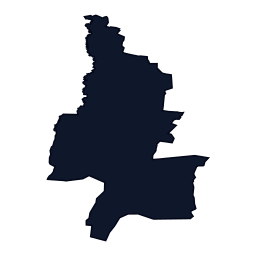 outline of Sesavas pag., Jelgava, Latvia
{"feature_id": "27541924B5814503616889", "entity_name": "Sesavas pag.", "entity_type": "district", "adm_level": 2, "iso_a3": "LVA", "parent_name": "Latvia", "parent_adm1": "Jelgava", "projection": "equal_earth", "projection_center": [23.783, 56.412], "detail": "fine", "context": "isolated", "style": "filled", "palette": "ink", "viewbox_px": 256, "rotation_deg": 0, "n_neighbors": 0, "source": "geoboundaries", "source_scale": "gbopen_adm2", "svg_char_len": 5332}
<svg xmlns="http://www.w3.org/2000/svg" viewBox="0 0 256 256"><path d="M208.5,157.9L195.2,155.7L194.2,155.7L164.1,158.6L160.5,159.0L152.6,159.6L152.5,157.6L152.6,155.9L153.3,154.1L154.8,152.3L155.9,150.6L156.0,148.7L156.9,145.2L156.7,144.1L158.0,142.9L159.8,141.0L165.5,141.7L172.1,142.7L174.0,138.5L171.2,134.4L167.9,133.5L176.2,125.4L171.0,123.5L173.5,120.2L174.0,119.8L175.2,119.3L175.4,119.0L179.1,119.2L180.6,117.4L180.0,116.4L181.9,115.2L183.3,112.6L181.9,112.8L179.0,112.5L177.0,112.0L176.7,112.1L168.6,111.6L162.1,110.6L162.8,108.9L163.0,106.6L163.2,106.0L163.2,105.0L164.2,94.8L165.5,93.5L165.4,93.1L164.6,92.3L165.0,90.2L172.1,87.9L171.2,74.9L165.8,74.1L162.2,73.2L157.0,68.0L157.1,63.7L149.5,63.7L148.7,61.4L147.4,59.6L147.2,56.8L140.4,56.1L138.6,56.3L130.2,54.6L123.6,53.0L122.6,51.8L124.0,47.9L121.7,45.9L122.3,42.0L123.8,40.0L124.2,37.0L117.9,34.3L117.3,33.5L117.4,32.9L119.8,30.4L118.5,29.5L118.5,29.3L119.2,28.8L116.1,27.7L110.5,27.0L109.7,27.6L105.6,26.3L108.2,22.5L107.7,18.3L106.6,16.7L104.5,17.1L102.0,18.4L101.6,17.7L96.5,15.5L95.3,15.4L92.1,16.7L90.8,15.6L85.1,16.6L85.3,16.7L84.8,17.2L84.9,17.5L85.4,18.0L85.9,18.8L87.4,18.6L88.4,19.1L89.7,19.1L91.8,19.9L92.3,20.3L92.5,20.7L92.5,20.9L92.3,21.0L91.8,21.0L91.4,21.2L91.4,22.0L91.2,22.2L90.6,22.2L90.5,22.3L90.4,22.5L90.8,23.1L90.7,23.9L89.8,24.1L88.1,23.8L87.7,24.0L86.5,24.1L86.1,24.3L85.5,25.3L85.4,25.5L85.9,26.2L86.7,26.4L87.3,26.9L87.4,27.6L87.7,28.0L87.6,28.3L88.1,28.7L89.2,29.1L89.4,29.3L89.4,29.5L89.1,29.7L89.1,30.1L89.3,30.2L89.6,30.2L89.8,30.7L89.1,31.2L89.5,31.4L89.1,31.9L89.2,32.5L89.6,32.5L90.5,31.9L91.0,32.0L91.3,32.3L91.2,32.7L91.7,33.5L91.6,33.8L90.7,34.5L90.1,34.4L89.5,34.9L89.2,34.7L88.3,35.0L88.3,35.4L87.9,35.3L87.7,35.6L88.2,35.9L87.9,36.4L88.0,36.7L87.5,36.5L87.1,37.0L86.2,37.6L86.2,37.8L85.9,38.1L86.1,38.5L86.8,38.4L87.0,38.7L86.6,39.5L86.4,39.8L86.4,40.2L86.8,40.6L86.8,40.8L87.4,41.3L86.9,41.7L87.2,41.9L87.2,42.4L86.6,42.6L86.8,42.9L86.7,43.1L87.0,43.3L86.8,43.4L87.0,43.6L86.4,44.1L86.7,44.2L86.5,44.3L86.8,44.8L87.3,44.8L87.6,44.9L87.5,45.1L87.8,45.6L86.6,45.9L86.4,46.2L86.4,46.3L86.4,47.0L86.8,47.2L86.9,46.8L87.2,46.7L87.7,46.9L87.7,47.1L87.3,47.3L87.2,47.5L88.1,47.8L87.3,48.8L86.8,49.0L87.0,49.2L87.6,49.2L87.9,49.6L87.9,50.0L88.3,50.3L88.4,50.5L87.4,51.2L87.3,51.7L87.4,52.0L88.0,52.6L89.3,53.0L89.1,53.8L89.1,54.0L89.3,54.2L90.1,54.7L89.3,55.4L89.8,55.7L90.5,55.6L91.5,55.7L92.6,56.3L92.5,56.7L92.6,56.8L93.4,56.7L94.1,57.0L94.4,57.4L94.4,58.2L94.2,58.5L93.8,58.5L93.3,58.9L93.4,59.9L93.7,60.4L94.6,60.4L95.7,61.4L95.7,61.8L95.0,62.3L94.1,62.4L93.9,62.6L93.7,62.8L93.8,63.2L93.1,63.6L93.2,64.2L93.7,64.4L93.8,64.6L94.1,66.1L93.3,67.1L93.2,67.4L93.4,67.5L94.4,67.6L95.0,67.8L95.0,68.8L93.7,69.8L92.4,70.4L92.1,70.7L92.7,71.1L93.3,71.8L92.7,72.1L91.8,72.8L91.4,72.6L91.2,72.7L90.8,73.0L90.8,73.5L90.6,73.6L89.1,73.6L87.2,74.0L87.7,74.6L87.7,75.0L86.8,75.4L85.9,76.0L84.7,76.4L84.5,76.6L84.6,76.8L84.5,77.1L84.2,77.4L84.9,77.6L85.0,77.8L84.9,78.0L84.3,78.4L84.4,78.8L84.0,79.3L84.3,79.4L84.9,79.2L85.6,79.7L86.7,79.9L86.8,80.0L86.8,80.5L86.7,80.7L86.4,80.7L85.3,80.3L84.7,80.5L84.4,81.5L83.3,82.0L83.1,82.4L83.3,82.5L83.2,83.0L83.3,83.3L83.6,83.6L84.1,83.7L84.5,84.2L85.8,85.0L85.7,85.2L86.3,85.7L86.2,86.2L85.5,86.9L85.3,88.0L84.3,88.2L84.0,88.7L83.8,88.6L83.7,89.0L83.2,89.2L83.5,89.4L84.0,89.1L84.0,89.4L84.0,89.5L83.6,89.7L83.6,90.0L83.3,90.3L83.7,90.7L82.8,91.8L82.9,92.0L83.6,92.1L84.0,92.4L84.1,92.8L84.1,93.4L83.7,93.9L83.8,94.4L87.1,94.5L87.2,97.7L84.2,97.8L83.8,98.3L83.0,98.8L83.0,99.1L82.9,99.2L82.7,99.1L82.4,99.3L82.9,100.0L82.9,100.4L83.2,100.7L84.0,101.0L84.4,101.5L84.0,101.8L83.6,101.5L83.3,101.7L83.3,101.9L84.0,102.6L84.2,102.9L84.8,102.8L83.5,106.3L80.7,106.2L80.6,106.6L79.9,107.2L79.9,107.8L79.4,108.2L78.2,108.3L78.0,108.6L78.4,109.0L78.4,109.5L78.1,110.2L77.2,111.1L78.0,114.6L63.3,114.3L63.2,114.6L62.3,115.1L61.9,115.8L61.4,115.7L60.7,116.2L60.0,116.2L59.5,116.5L59.4,116.9L59.8,117.3L60.1,118.3L59.9,118.4L60.0,118.6L59.5,118.8L59.2,119.3L59.6,120.0L59.7,120.3L58.8,120.3L58.6,120.5L59.0,121.0L58.4,121.4L57.9,122.1L58.3,122.7L56.7,124.2L56.4,124.8L54.9,125.2L55.1,125.6L55.5,125.6L56.1,126.1L55.1,126.7L55.0,127.1L55.4,127.4L55.6,128.1L55.4,128.2L54.6,128.4L54.3,128.6L54.0,129.9L54.1,130.2L54.6,130.7L55.6,130.8L55.9,130.7L56.3,131.1L56.4,134.1L56.2,134.5L55.5,135.5L55.3,136.1L55.3,138.2L54.9,140.0L54.2,141.2L53.0,145.7L52.6,146.2L51.5,147.0L50.2,150.8L50.8,154.1L50.7,154.8L49.6,157.5L49.4,162.5L50.1,164.0L54.6,166.4L54.9,166.8L55.0,167.2L53.9,169.7L53.6,171.3L53.2,172.2L51.4,174.5L49.3,176.1L47.8,178.3L47.5,179.3L64.3,180.5L65.1,180.6L65.3,180.8L65.8,180.7L66.7,180.7L82.8,178.7L89.0,175.5L104.8,182.4L104.5,191.3L96.7,198.7L96.1,202.7L96.0,203.1L95.3,204.0L90.3,212.4L90.0,213.3L89.1,218.4L86.5,220.4L86.3,220.8L86.3,224.9L91.8,225.4L92.0,225.5L90.7,236.6L91.5,236.9L105.7,240.6L109.4,232.4L114.6,225.8L119.6,217.7L128.0,213.9L138.1,213.8L153.5,219.0L190.4,218.5L191.7,217.3L193.1,216.3L191.3,213.7L190.8,212.5L190.7,212.2L191.2,210.9L195.4,208.9L195.8,208.5L194.4,203.7L194.0,198.0L193.8,197.3L192.9,195.6L192.8,195.2L193.6,187.8L193.5,186.3L193.2,185.4L192.4,182.8L192.5,182.5L193.4,181.3L193.2,180.5L193.2,179.9L195.3,177.3L194.2,175.6L193.6,173.5L196.6,166.6L198.3,165.7L203.1,165.7L203.8,165.4L204.8,161.7L208.5,157.9Z" fill="#0f172a" stroke="#020617" stroke-width="1.5"/></svg>